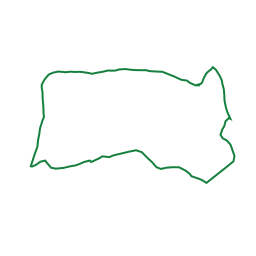 Pategi, Kwara, Nigeria, rotated 170°
{"feature_id": "59680162B29829764060990", "entity_name": "Pategi", "entity_type": "district", "adm_level": 2, "iso_a3": "NGA", "parent_name": "Nigeria", "parent_adm1": "Kwara", "projection": "mercator", "projection_center": [5.775, 8.653], "detail": "fine", "context": "isolated", "style": "outline", "palette": "green", "viewbox_px": 256, "rotation_deg": 170, "n_neighbors": 0, "source": "geoboundaries", "source_scale": "gbopen_adm2", "svg_char_len": 1667}
<svg xmlns="http://www.w3.org/2000/svg" viewBox="0 0 256 256"><g transform="rotate(170 128 128)"><path d="M34.0,173.1L35.8,171.4L39.0,169.8L41.8,167.8L45.3,163.1L46.9,160.2L48.6,158.8L50.5,158.6L51.6,158.6L51.2,157.8L54.0,158.2L56.5,159.9L59.3,161.8L61.8,164.5L67.0,166.2L70.6,168.6L73.5,170.7L84.6,177.5L84.8,177.5L88.6,178.3L96.3,180.1L100.6,181.9L102.5,182.2L104.3,182.5L111.9,184.0L116.5,185.3L120.7,186.6L122.8,186.8L126.6,187.2L129.9,186.8L132.6,187.0L137.9,188.1L142.1,187.8L146.7,187.8L150.3,187.8L154.0,187.6L157.4,189.1L162.0,190.6L162.5,190.8L165.6,191.7L171.2,192.5L174.4,193.4L180.2,193.8L181.9,194.4L187.1,195.7L192.2,195.5L196.8,194.4L197.7,193.6L198.0,193.4L201.8,190.2L205.4,185.7L205.9,183.1L206.0,182.1L206.0,177.9L206.9,172.2L207.5,165.0L208.5,157.8L208.9,153.3L211.0,150.1L212.7,146.7L214.8,142.7L216.5,137.2L218.6,131.9L220.5,125.3L224.0,119.2L230.4,107.2L229.1,106.7L226.4,107.4L224.5,107.9L220.3,110.0L215.2,110.3L214.0,107.9L210.6,102.2L209.5,101.8L206.2,100.5L198.5,99.9L191.8,100.3L185.3,100.3L176.7,102.2L171.2,102.6L170.2,100.9L162.2,103.0L158.2,104.5L151.3,102.6L147.5,103.5L141.9,103.9L141.3,103.9L131.4,104.5L124.0,104.7L118.6,101.8L115.0,96.5L110.2,90.1L106.7,84.4L102.7,82.0L97.7,82.2L97.2,82.3L94.8,82.0L90.5,81.6L89.6,81.4L84.4,80.4L78.6,75.9L75.0,71.9L73.9,69.5L71.0,67.9L66.6,65.5L64.9,64.3L64.1,63.8L60.3,60.3L34.4,74.3L29.9,76.9L28.0,81.9L29.9,93.6L32.7,98.4L36.5,101.4L38.1,105.2L35.4,110.2L33.0,112.9L30.7,117.8L26.9,120.3L25.6,119.3L27.4,126.4L28.0,131.2L28.2,138.3L27.4,143.9L26.9,149.7L27.3,154.3L27.4,155.1L27.4,159.0L28.7,163.6L31.2,169.8L32.5,171.6L34.0,173.1Z" fill="none" stroke="#15803d" stroke-width="2"/></g></svg>